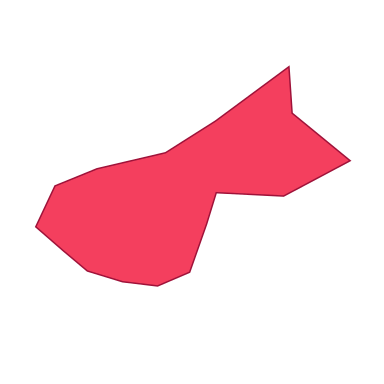 the district of Alithinou, Nicosia, Cyprus, rotated 242°
{"feature_id": "46923920B55539182746131", "entity_name": "Alithinou", "entity_type": "district", "adm_level": 2, "iso_a3": "CYP", "parent_name": "Cyprus", "parent_adm1": "Nicosia", "projection": "mercator", "projection_center": [33.032, 34.956], "detail": "fine", "context": "isolated", "style": "filled", "palette": "rose", "viewbox_px": 384, "rotation_deg": 242, "n_neighbors": 0, "source": "geoboundaries", "source_scale": "gbopen_adm2", "svg_char_len": 369}
<svg xmlns="http://www.w3.org/2000/svg" viewBox="0 0 384 384"><g transform="rotate(242 192 192)"><path d="M234.6,37.7L200.2,50.9L171.4,62.5L145.4,88.5L125.2,117.5L122.3,152.3L156.9,189.9L180.0,213.1L145.4,271.0L145.4,346.3L214.6,317.4L257.1,336.4L243.6,245.9L239.1,187.0L257.1,119.1L261.7,73.9L234.6,37.7Z" fill="#f43f5e" stroke="#9f1239" stroke-width="1.5"/></g></svg>